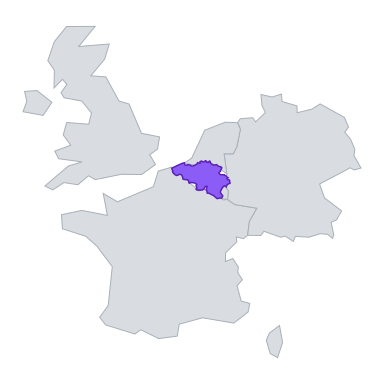 Belgium and the surrounding countries
{"feature_id": "BEL", "entity_name": "Belgium", "entity_type": "country or territory", "adm_level": 0, "iso_a3": "BEL", "parent_name": "Europe", "parent_adm1": "", "projection": "robinson", "projection_center": [4.727, 50.501], "detail": "fine", "context": "with_neighbors", "style": "filled", "palette": "violet", "viewbox_px": 384, "rotation_deg": 0, "n_neighbors": 5, "source": "natural_earth", "source_scale": "50m", "svg_char_len": 4402}
<svg xmlns="http://www.w3.org/2000/svg" viewBox="0 0 384 384"><path d="M227.5,199.5L234.8,204.6L256.9,208.2L249.4,221.5L247.6,235.3L243.4,238.7L236.3,236.9L236.8,241.8L225.6,252.7L225.4,261.5L232.8,258.5L238.3,267.0L237.7,272.5L242.4,279.8L237.0,285.7L241.2,301.0L249.8,303.5L248.1,312.0L233.8,323.1L202.4,317.8L179.2,324.2L177.3,336.1L158.7,338.6L140.8,329.7L134.9,334.0L105.8,325.0L99.6,317.3L108.2,305.5L112.3,266.6L96.9,246.2L85.8,236.3L62.4,228.8L61.5,214.7L81.7,210.4L107.4,215.4L103.2,193.4L117.4,201.8L153.4,186.7L158.3,171.0L171.6,167.2L173.7,173.9L180.8,174.2L198.4,190.9L206.2,189.4L223.1,199.9L227.5,199.5ZM269.4,333.0L279.5,325.5L282.6,342.4L277.6,357.6L270.2,353.6L266.3,340.3L269.4,333.0Z" fill="#d9dde1" stroke="#a8b0b8" stroke-width="1"/><path d="M344.5,117.5L348.5,127.2L344.7,132.3L350.5,139.1L354.8,149.3L354.0,155.8L361.0,168.0L354.3,170.0L350.2,167.8L319.6,184.0L324.5,197.9L341.6,210.9L336.5,219.9L331.1,222.3L333.8,235.0L332.5,238.3L327.5,234.3L320.1,233.7L309.1,237.2L295.4,236.4L293.3,241.5L285.3,236.1L280.7,237.2L263.9,231.3L260.8,235.5L247.6,235.3L249.4,221.5L256.9,208.2L234.8,204.6L227.5,199.5L228.3,191.0L225.2,186.6L226.8,173.8L224.1,153.8L233.2,153.8L236.9,146.6L240.4,129.2L237.5,122.7L240.3,118.7L252.7,117.7L255.6,121.9L265.4,112.5L261.9,105.3L261.0,94.5L272.1,97.0L281.5,94.1L282.0,101.5L297.0,105.9L297.1,112.7L312.0,109.1L320.1,103.9L344.5,117.5Z" fill="#d9dde1" stroke="#a8b0b8" stroke-width="1"/><path d="M225.2,186.6L228.3,191.0L227.5,199.5L219.6,198.2L221.2,187.4L225.2,186.6Z" fill="#d9dde1" stroke="#a8b0b8" stroke-width="1"/><path d="M237.5,122.7L240.4,129.2L236.9,146.6L233.2,153.8L224.1,153.8L226.8,173.8L208.8,161.0L194.8,164.9L183.8,163.4L191.6,158.2L204.8,130.2L225.1,122.2L237.5,122.7Z" fill="#d9dde1" stroke="#a8b0b8" stroke-width="1"/><path d="M43.1,115.4L23.0,111.7L26.8,101.5L24.6,91.4L37.0,90.6L51.9,102.3L43.1,115.4ZM88.7,124.2L91.5,113.1L81.9,101.1L64.2,97.8L61.0,92.7L66.9,84.4L62.5,79.3L54.0,88.0L54.4,70.2L47.8,60.7L54.4,41.5L66.6,26.5L95.1,26.4L78.7,46.5L109.2,44.0L104.7,59.1L90.8,75.8L105.8,76.9L119.0,101.0L129.0,104.0L141.5,133.3L159.6,136.9L157.5,149.1L149.7,154.7L155.5,164.5L141.7,174.5L121.4,174.3L95.3,179.6L88.4,175.8L77.9,184.7L63.9,182.6L52.8,189.9L44.9,186.0L68.3,166.0L82.1,161.9L58.6,158.7L54.8,151.1L70.8,145.2L63.2,135.0L66.7,122.5L88.7,124.2Z" fill="#d9dde1" stroke="#a8b0b8" stroke-width="1"/><path d="M197.5,162.7L198.7,163.1L199.8,163.2L200.2,163.0L199.9,161.9L200.8,161.3L201.7,161.0L202.2,161.5L203.0,162.0L203.7,162.0L205.5,160.7L206.0,160.9L206.4,161.4L206.5,161.8L206.5,162.2L206.9,162.3L208.4,162.3L209.1,161.5L209.7,161.1L210.1,161.4L210.3,162.3L210.7,163.4L212.5,164.7L213.9,165.1L215.7,164.8L216.5,164.6L216.9,164.8L217.4,165.5L218.5,166.2L220.6,166.8L221.3,167.1L221.8,167.6L221.6,168.4L220.6,170.2L220.5,170.8L220.6,171.0L220.4,171.3L219.1,172.6L219.0,173.0L219.4,173.7L219.8,174.3L220.6,174.6L221.4,174.7L222.8,174.7L224.4,174.8L224.5,175.1L226.3,176.1L226.8,176.9L228.1,177.7L227.0,178.7L227.2,179.1L227.6,179.6L229.0,179.8L229.7,180.5L229.7,181.5L230.1,183.1L227.2,184.6L226.4,186.4L226.3,186.8L226.2,186.7L225.9,186.1L225.4,186.1L224.2,185.9L222.5,187.5L221.8,188.8L221.3,189.8L220.7,190.6L220.5,191.5L220.6,191.9L220.4,192.3L220.4,192.8L221.3,193.8L221.6,194.3L222.8,196.0L222.4,196.6L222.1,197.3L221.8,197.8L221.4,198.1L220.2,198.0L218.6,198.3L217.6,198.6L217.1,198.6L216.0,197.7L214.7,196.5L213.9,195.9L213.6,195.3L212.6,195.1L211.2,194.5L210.2,193.8L209.4,193.4L208.2,193.2L207.3,193.2L207.0,192.1L206.9,190.7L206.1,189.9L207.1,186.5L206.5,186.2L205.8,186.4L204.8,187.2L204.3,188.2L204.0,189.0L202.3,189.9L199.6,190.2L196.7,189.9L196.3,189.6L196.1,189.4L196.1,189.1L196.3,188.6L196.8,188.1L196.9,187.3L196.4,186.6L196.1,186.3L196.2,185.7L196.6,184.9L196.7,184.4L194.7,183.0L193.3,182.7L191.9,182.6L190.8,182.5L190.2,182.5L189.8,183.0L189.3,183.2L189.0,182.9L188.4,180.4L187.9,180.0L186.1,179.6L183.6,179.4L183.0,179.0L182.7,177.8L182.4,176.4L181.6,175.1L181.2,174.8L180.5,174.2L179.2,174.5L177.7,175.2L176.8,175.4L176.4,175.5L175.2,174.8L173.9,173.6L172.8,172.4L172.5,171.7L172.9,170.9L172.5,170.2L171.9,169.1L171.8,168.2L178.4,165.0L182.4,163.3L184.3,162.8L184.7,164.5L185.1,165.0L185.5,165.3L186.1,165.4L186.8,165.0L187.8,164.6L189.3,164.8L190.4,165.2L190.8,165.6L191.5,166.0L192.6,166.1L194.7,165.3L196.7,164.2L197.3,163.4L197.5,162.7Z" fill="#8b5cf6" stroke="#5b21b6" stroke-width="1.5"/></svg>